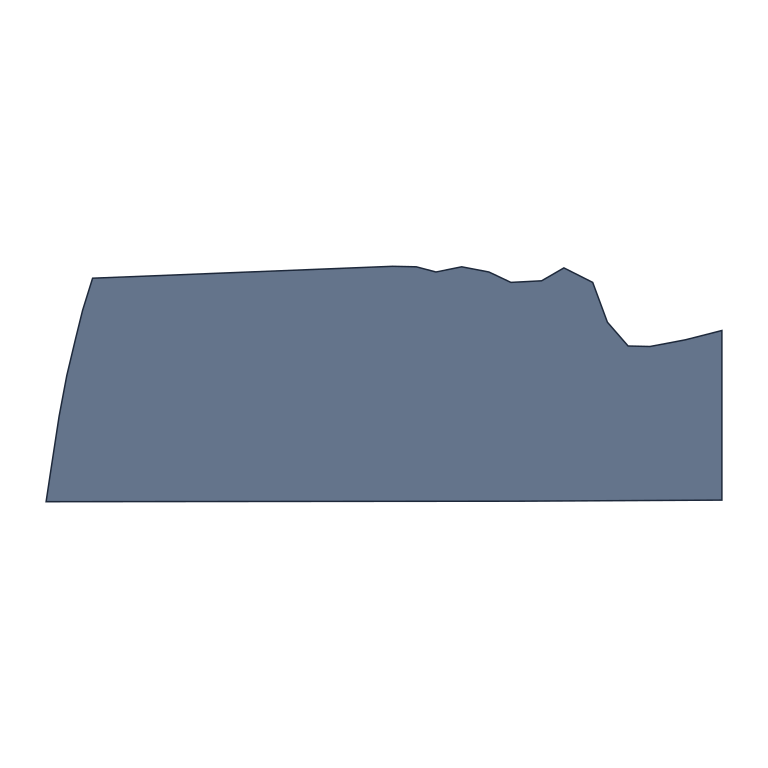 Madre de Deus, Brazil
{"feature_id": "56859067B85050337998632", "entity_name": "Madre de Deus", "entity_type": "district", "adm_level": 2, "iso_a3": "BRA", "parent_name": "Brazil", "parent_adm1": "", "projection": "equal_earth", "projection_center": [-38.635, -12.74], "detail": "fine", "context": "isolated", "style": "filled", "palette": "slate", "viewbox_px": 768, "rotation_deg": 0, "n_neighbors": 0, "source": "geoboundaries", "source_scale": "gbopen_adm2", "svg_char_len": 413}
<svg xmlns="http://www.w3.org/2000/svg" viewBox="0 0 768 768"><path d="M721.9,330.5L685.4,339.8L650.0,346.5L628.1,346.0L607.4,322.2L592.7,282.4L563.9,267.9L541.6,280.8L510.9,282.4L488.9,272.0L461.7,266.8L435.9,272.0L416.3,266.8L392.5,266.3L92.6,278.2L82.6,310.3L75.7,338.2L66.8,375.5L59.1,416.3L50.3,473.8L46.1,501.7L515.9,501.2L721.9,500.1L721.9,330.5Z" fill="#64748b" stroke="#1e293b" stroke-width="1.5"/></svg>